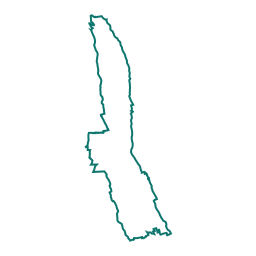 outline of Stanisesti, Bacau, Romania
{"feature_id": "2599482B92534545821934", "entity_name": "Stanisesti", "entity_type": "district", "adm_level": 2, "iso_a3": "ROU", "parent_name": "Romania", "parent_adm1": "Bacau", "projection": "equal_earth", "projection_center": [27.312, 46.453], "detail": "fine", "context": "isolated", "style": "outline", "palette": "teal", "viewbox_px": 256, "rotation_deg": 0, "n_neighbors": 0, "source": "geoboundaries", "source_scale": "gbopen_adm2", "svg_char_len": 5704}
<svg xmlns="http://www.w3.org/2000/svg" viewBox="0 0 256 256"><path d="M130.1,240.6L132.5,239.7L133.6,239.8L134.1,239.0L134.0,238.1L137.3,238.1L142.1,237.1L142.1,238.2L142.9,238.1L143.7,238.2L143.8,238.0L145.9,236.8L145.8,236.2L148.4,235.1L148.4,234.5L148.1,233.9L147.2,232.3L147.6,232.5L150.7,232.4L150.9,232.7L151.7,233.5L153.4,233.7L154.2,234.0L153.1,231.4L154.7,231.0L153.6,229.0L156.2,228.2L156.7,229.8L157.2,230.8L157.5,231.2L157.6,232.5L157.9,232.4L158.2,232.0L158.9,230.7L158.9,229.8L159.1,229.8L159.4,230.5L159.7,232.9L160.5,234.6L161.5,234.4L162.6,233.8L166.5,232.9L166.9,233.6L166.8,233.8L167.1,234.1L167.2,234.6L167.0,235.0L167.2,235.3L168.8,234.6L170.9,233.6L169.9,231.3L168.8,230.4L168.1,230.1L167.3,229.0L166.5,227.6L166.4,227.0L166.1,226.5L166.2,226.2L166.1,225.8L166.4,224.9L166.3,224.2L166.3,223.8L165.7,222.1L165.4,221.9L163.3,220.7L162.9,220.3L162.1,218.8L161.1,217.5L160.8,216.7L160.2,215.5L159.9,215.1L159.4,213.6L158.2,211.3L158.0,211.1L156.9,209.5L155.8,207.6L155.7,207.0L155.4,205.7L155.2,203.7L153.9,201.3L153.8,200.7L154.8,200.0L154.4,200.0L156.0,199.3L156.7,199.2L156.9,199.1L156.8,198.9L156.4,197.7L152.5,190.8L152.3,190.1L152.3,189.5L151.5,187.7L151.8,186.4L151.1,184.6L150.2,183.3L149.2,180.3L149.3,180.1L149.2,179.7L148.9,179.6L148.5,179.6L148.0,179.0L148.0,178.8L148.7,178.6L148.6,178.3L148.9,177.9L148.1,177.4L147.2,175.6L146.9,175.4L146.8,175.1L147.0,174.5L146.4,173.4L144.8,173.9L144.7,173.2L144.8,172.2L144.4,172.1L144.2,171.9L141.8,172.7L141.8,172.2L141.4,171.1L140.8,169.8L140.1,166.7L139.2,165.1L138.4,164.3L135.2,159.3L134.9,158.5L134.2,157.5L131.8,154.1L131.1,152.4L131.1,150.9L131.2,149.9L131.6,148.9L132.1,148.2L132.6,146.4L132.7,143.8L132.6,142.6L132.1,141.4L131.9,139.9L131.7,138.6L131.6,137.2L132.1,135.8L132.2,132.3L131.9,130.3L131.1,126.6L131.1,126.0L131.7,123.9L131.3,122.2L131.0,120.2L131.6,118.8L131.9,117.5L131.7,116.9L131.6,115.6L131.4,114.9L130.8,113.6L132.6,111.7L132.7,111.8L132.8,111.6L131.2,110.8L131.6,110.5L131.8,110.1L131.9,108.4L131.0,105.4L133.2,104.8L130.7,100.1L129.3,96.4L129.3,95.9L129.9,94.7L129.7,92.6L129.9,91.3L129.8,89.8L129.9,89.4L130.1,87.6L129.8,85.1L129.9,83.6L129.5,82.1L129.3,80.6L129.4,79.9L130.2,79.1L130.3,78.7L129.7,77.6L129.4,76.4L129.6,74.0L129.8,73.2L129.2,70.9L129.1,70.3L129.3,69.5L129.2,68.9L129.3,68.1L128.7,66.5L128.4,65.4L127.2,63.4L127.0,62.6L126.9,60.6L125.5,57.1L125.1,55.2L124.4,53.5L123.5,52.2L122.7,50.7L122.1,48.8L121.8,47.0L121.3,46.3L120.8,45.6L120.4,43.7L120.3,42.7L120.0,41.9L118.2,40.2L117.2,38.2L115.6,37.4L114.6,36.2L114.0,35.1L113.8,33.8L113.0,32.6L112.9,31.9L112.8,31.6L112.3,31.2L111.0,30.2L110.6,29.7L110.4,29.3L110.3,28.3L110.5,27.9L110.5,27.6L110.1,25.7L109.6,24.9L108.3,23.9L107.2,22.7L106.8,21.5L106.4,20.1L106.6,19.5L105.4,19.6L103.8,18.7L102.5,17.4L101.6,16.2L95.4,17.2L95.3,16.8L94.1,17.0L93.9,16.9L92.9,16.2L92.3,15.5L91.9,15.4L91.6,15.6L91.3,15.5L90.7,15.8L91.2,21.8L92.5,22.6L93.4,24.0L93.7,24.2L93.7,24.7L94.0,25.0L93.8,25.3L92.2,24.8L91.9,24.6L90.7,24.1L90.2,23.6L89.9,23.6L89.7,23.4L89.3,23.4L89.3,23.6L89.6,23.8L89.9,24.2L89.9,24.6L90.1,24.9L91.0,25.3L90.9,25.7L90.6,25.8L91.1,26.8L92.7,28.2L92.2,28.5L91.7,29.2L91.5,30.0L90.8,29.8L91.1,30.2L92.3,33.0L93.1,35.1L94.1,36.8L94.2,37.6L94.5,38.2L95.0,40.4L95.1,40.8L94.9,42.7L94.7,43.6L94.4,44.1L94.2,45.4L95.0,47.8L95.4,48.8L95.6,49.7L96.3,51.0L97.1,52.0L97.6,53.6L97.6,55.3L97.2,57.4L97.2,58.4L96.9,59.7L96.9,60.3L96.7,61.2L96.8,62.2L97.3,63.4L97.4,64.4L97.7,66.8L98.2,68.6L98.1,69.6L98.4,70.8L98.1,71.9L98.0,73.7L98.3,74.6L98.6,74.9L99.0,75.7L100.7,78.5L101.0,79.3L101.4,81.1L101.3,81.8L100.9,82.9L100.9,84.0L100.2,86.0L100.4,86.5L100.4,87.0L100.6,87.4L100.3,89.0L100.6,92.5L100.5,94.1L101.1,95.7L102.0,96.5L102.1,96.9L102.5,97.3L102.5,98.4L102.8,99.1L102.8,99.7L102.5,100.5L101.9,101.2L101.8,101.9L101.7,103.0L101.9,103.5L102.9,104.2L103.2,104.6L103.4,107.4L104.0,109.9L103.9,111.1L104.2,112.0L104.2,112.6L104.4,113.8L103.6,113.9L101.1,114.7L101.2,114.9L101.0,115.0L100.9,115.6L101.1,116.1L101.6,116.0L102.1,117.5L102.7,118.5L103.0,119.2L103.6,120.1L104.0,121.4L104.5,121.9L105.1,123.5L105.8,124.4L106.0,125.0L106.3,125.4L106.7,126.3L107.2,127.8L107.4,128.0L107.7,128.6L107.9,128.7L107.8,129.1L107.9,129.6L108.4,130.1L107.7,130.4L104.1,130.9L104.2,131.1L104.5,131.2L104.5,131.5L102.9,131.7L103.1,132.8L100.3,132.8L100.2,132.6L98.0,133.0L97.9,132.6L95.3,132.6L95.0,132.8L94.6,132.7L94.3,132.9L94.5,133.1L92.6,133.1L92.5,132.9L91.9,132.9L88.9,132.9L88.4,134.6L88.4,138.2L88.6,139.0L88.6,140.1L88.5,140.8L88.2,141.4L87.8,143.5L87.7,144.6L87.1,145.7L86.8,146.2L85.1,147.3L87.7,146.8L87.7,150.0L90.1,150.1L89.7,150.9L89.9,151.6L89.7,152.2L89.8,152.7L89.8,153.9L89.9,154.0L89.7,155.3L89.7,155.6L89.6,156.1L89.8,156.9L89.4,157.6L89.9,158.2L90.3,158.5L90.5,158.5L90.6,158.8L90.7,159.0L91.4,159.3L92.5,160.7L92.2,161.9L91.7,163.5L91.4,164.0L91.0,164.7L94.5,164.5L96.8,164.5L95.7,165.6L95.0,166.6L94.1,170.2L93.7,170.9L93.5,171.2L93.2,172.0L104.2,171.4L104.4,171.6L104.5,171.6L106.7,174.5L106.6,175.1L106.3,175.7L106.7,176.8L107.7,178.7L108.6,179.6L108.8,180.5L109.3,181.2L110.3,183.7L110.2,185.0L109.6,185.5L110.1,187.5L110.3,187.7L111.0,189.0L111.4,191.4L111.4,191.5L109.6,192.4L110.1,193.7L110.7,194.7L110.8,195.0L110.8,196.9L111.5,198.8L111.6,199.8L112.2,200.5L112.6,201.2L113.5,201.0L115.0,203.0L116.3,205.8L117.0,208.5L118.1,210.8L118.1,211.5L117.1,213.3L116.9,214.4L117.2,215.4L117.4,219.8L117.5,220.6L118.3,221.9L121.3,223.6L121.8,224.1L122.2,225.3L122.4,226.2L122.5,227.1L122.7,228.1L123.7,230.0L124.3,230.5L124.6,230.9L125.1,232.6L125.4,233.3L125.3,233.7L125.4,234.3L125.5,234.3L125.8,234.9L126.3,235.5L128.0,237.0L128.2,238.0L128.4,238.5L128.8,238.9L129.2,239.1L130.1,240.6Z" fill="none" stroke="#0f766e" stroke-width="2"/></svg>